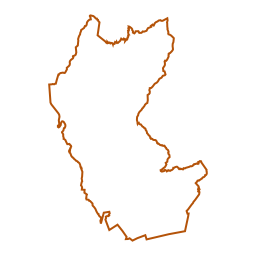 Coxcatlán, Puebla, Mexico
{"feature_id": "50627088B81401252866172", "entity_name": "Coxcatlán", "entity_type": "district", "adm_level": 2, "iso_a3": "MEX", "parent_name": "Mexico", "parent_adm1": "Puebla", "projection": "equal_earth", "projection_center": [-97.103, 18.25], "detail": "fine", "context": "isolated", "style": "outline", "palette": "amber", "viewbox_px": 256, "rotation_deg": 0, "n_neighbors": 0, "source": "geoboundaries", "source_scale": "gbopen_adm2", "svg_char_len": 5766}
<svg xmlns="http://www.w3.org/2000/svg" viewBox="0 0 256 256"><path d="M146.6,239.4L168.8,234.2L185.0,231.2L188.1,216.7L188.6,213.6L187.5,213.7L186.6,211.0L188.1,209.4L191.7,204.5L193.0,203.0L193.4,202.0L195.3,199.7L199.1,194.4L199.3,193.3L199.2,192.2L198.2,191.3L198.3,190.8L198.6,190.9L198.4,191.3L199.2,191.4L198.8,190.2L198.0,189.3L198.2,188.7L198.6,189.0L198.9,188.2L199.1,188.3L198.6,186.9L198.6,186.4L195.7,183.1L197.3,181.4L197.3,181.1L197.9,180.8L197.9,180.6L199.1,180.5L199.2,180.1L200.3,179.7L201.6,178.6L201.9,178.6L202.8,177.4L204.0,177.0L205.1,175.9L205.1,175.2L206.0,175.0L206.4,174.6L206.8,173.4L206.7,171.5L206.4,170.9L206.6,169.9L201.5,162.6L201.2,161.8L201.1,161.3L200.8,161.2L200.5,161.6L199.7,161.2L198.8,162.0L198.5,162.0L198.7,162.7L198.6,163.2L198.3,163.1L198.1,163.5L197.8,163.2L197.4,163.8L196.4,163.5L195.6,164.0L194.2,164.1L193.9,164.3L193.8,164.8L193.2,165.0L192.6,165.9L191.5,166.3L190.5,166.2L189.1,166.9L185.9,167.8L185.2,168.3L183.7,168.2L183.6,168.8L183.0,169.4L181.6,168.9L181.0,169.1L180.1,168.6L179.8,169.1L179.1,169.1L178.1,167.7L177.2,166.8L176.7,166.7L175.2,167.1L174.1,167.8L173.3,167.8L173.2,168.8L172.4,169.6L171.5,170.2L170.0,170.5L169.9,170.8L168.6,170.3L168.6,170.7L167.7,170.7L166.8,171.4L166.0,170.4L165.0,169.9L164.7,170.0L164.1,171.0L163.5,171.2L161.9,171.6L160.9,171.1L160.7,170.8L160.7,170.3L161.2,170.4L161.6,169.5L162.5,169.2L163.2,168.3L164.8,167.2L165.5,166.2L166.4,164.4L165.7,162.9L167.3,161.7L167.5,159.5L168.2,158.4L169.6,157.1L169.4,155.0L168.4,153.8L168.5,153.0L168.2,152.7L168.6,151.7L168.1,150.2L166.3,148.7L166.1,147.8L165.4,147.4L165.1,146.6L164.4,145.7L163.5,145.9L162.4,145.3L162.1,145.6L161.3,145.1L160.8,145.2L159.8,144.8L159.3,144.2L158.8,144.0L158.4,143.5L157.9,143.7L157.2,143.2L157.2,142.8L156.5,141.1L155.6,140.1L153.3,139.9L152.3,138.9L150.9,138.8L150.7,137.9L150.3,137.8L150.4,137.3L149.8,136.6L149.5,135.7L148.6,135.2L148.1,134.3L147.0,133.1L147.0,132.6L146.5,131.0L145.8,130.2L145.6,129.1L145.2,128.4L144.5,128.3L143.4,127.0L142.5,126.6L140.8,124.4L139.6,124.2L138.9,123.6L138.8,122.8L137.9,123.0L137.6,123.6L137.5,123.2L137.5,122.1L136.9,120.0L137.1,117.0L138.2,115.1L138.3,114.0L139.3,112.1L141.7,109.6L142.2,108.5L143.0,107.9L143.5,107.0L144.1,106.5L145.1,104.6L146.4,103.4L147.3,103.0L147.8,100.2L147.6,95.0L149.1,94.0L149.7,93.1L149.8,91.4L149.3,90.1L149.7,88.8L150.0,88.5L149.9,88.1L151.3,87.9L152.6,86.6L154.7,83.8L156.8,82.6L157.9,81.4L159.4,78.8L161.5,77.7L162.8,75.8L164.9,75.2L165.5,74.5L164.6,71.4L163.3,71.0L163.2,69.4L163.0,68.8L163.1,67.9L164.6,65.7L164.9,64.9L164.9,62.9L164.6,61.5L165.1,60.6L166.2,60.8L167.1,59.7L168.6,56.6L168.5,55.1L168.8,54.6L168.6,53.9L169.3,53.2L170.0,53.1L171.9,51.2L172.9,49.7L173.0,49.3L172.6,46.1L172.7,43.9L173.4,42.1L173.8,38.4L173.7,38.0L171.1,35.5L169.6,34.6L168.5,34.3L168.2,33.5L168.4,32.1L167.4,29.0L167.6,28.5L167.3,26.8L167.2,23.0L167.0,22.5L167.6,20.4L167.3,18.3L162.6,20.8L161.2,20.8L160.5,20.2L158.7,20.5L157.6,21.4L155.9,22.2L154.8,23.2L153.7,25.6L153.2,25.6L152.9,24.9L152.6,24.6L150.8,25.9L151.1,26.9L147.9,28.2L146.5,30.8L143.9,31.7L142.8,31.4L141.5,32.8L139.3,32.9L138.9,32.5L138.8,31.8L138.4,31.2L135.6,31.3L135.1,32.6L134.3,33.4L132.9,32.6L133.0,31.2L132.2,30.1L132.2,29.2L131.4,28.1L129.5,26.7L128.7,26.5L128.9,27.2L128.9,28.8L128.4,28.7L128.8,30.3L128.1,30.7L128.4,31.6L128.1,32.1L128.5,34.5L128.8,34.8L128.3,35.0L128.1,35.5L128.3,36.4L127.9,37.4L127.5,37.5L127.4,38.9L126.9,39.7L126.3,39.6L125.2,41.0L125.4,39.2L124.8,39.2L124.0,38.7L123.8,39.5L123.2,39.7L122.9,39.2L121.9,39.4L121.2,38.7L120.2,40.8L117.9,42.9L117.0,42.6L116.7,42.0L116.5,42.8L115.1,42.0L114.5,43.9L113.1,44.0L113.0,44.4L112.6,43.2L111.2,42.9L111.1,43.1L110.1,42.8L110.0,43.1L109.4,42.5L108.2,42.6L107.8,42.2L108.0,43.1L107.2,43.3L106.1,42.5L106.1,42.9L105.7,41.8L97.6,35.3L99.5,22.3L98.4,21.2L98.0,19.9L97.3,19.8L96.9,18.6L95.8,18.5L94.6,17.1L93.4,16.1L90.6,15.4L89.9,15.7L89.8,16.0L90.5,17.6L90.8,19.4L89.4,19.7L88.0,20.9L87.0,22.4L86.6,24.9L85.6,26.2L84.9,26.1L84.0,28.0L81.1,30.1L81.0,31.1L80.2,33.1L80.1,34.3L79.0,36.2L78.1,39.1L78.3,40.5L77.8,45.5L75.8,47.3L76.3,52.4L75.7,54.7L74.4,55.7L73.1,56.0L72.9,56.4L73.3,57.5L72.9,58.4L71.0,59.8L69.9,61.2L69.7,62.2L69.9,63.4L69.7,64.9L68.9,66.0L66.8,67.8L66.9,69.4L65.1,72.7L64.3,73.0L62.9,72.6L60.4,73.1L59.0,74.1L58.7,74.9L58.3,74.8L56.8,79.8L55.8,83.7L54.8,83.8L54.1,84.3L52.7,84.0L52.0,84.3L49.2,84.5L50.5,102.6L51.3,104.3L58.5,113.5L59.2,114.8L59.5,116.8L58.8,120.2L59.3,124.4L59.2,124.7L57.9,125.7L57.9,126.9L58.6,127.4L59.4,127.0L60.8,124.9L60.8,123.6L61.5,122.0L62.1,121.3L62.7,121.3L63.7,121.9L65.0,124.0L65.4,125.1L65.3,126.6L64.6,128.0L63.9,128.2L63.4,130.5L62.0,132.1L62.0,132.4L63.2,134.3L63.2,136.3L63.7,137.8L63.6,138.9L64.4,139.2L65.5,140.2L65.9,141.3L67.3,144.1L68.4,144.1L69.2,143.9L69.9,144.5L70.2,145.1L70.9,145.6L71.2,146.7L70.4,147.9L70.5,148.4L70.2,148.6L70.1,149.6L69.9,149.3L69.7,149.5L69.0,151.1L69.5,152.6L70.3,153.2L71.3,155.9L72.3,157.2L72.9,157.5L73.2,158.0L73.8,158.4L74.3,159.2L75.3,159.8L76.1,160.8L76.8,161.0L77.8,161.7L77.9,162.1L78.5,162.4L79.5,163.3L80.3,165.3L80.4,166.7L81.3,167.4L81.5,168.1L81.0,168.1L82.4,171.8L82.1,176.6L81.7,178.5L82.2,181.4L81.7,182.1L81.0,185.4L81.5,185.9L82.1,187.3L81.8,189.6L84.6,189.8L84.4,192.7L86.9,194.5L86.4,196.0L86.4,197.5L86.1,198.1L86.5,199.5L88.7,199.8L89.1,200.8L90.1,201.0L92.5,203.5L92.6,205.5L94.2,207.2L95.4,208.9L96.5,211.5L97.9,213.9L98.5,214.0L98.7,215.0L99.5,216.3L100.8,217.3L101.2,218.5L100.4,220.8L100.9,223.6L103.8,212.7L109.3,211.8L109.7,213.4L108.8,214.7L109.2,215.5L108.3,216.1L107.0,216.1L105.8,216.7L106.0,218.2L105.4,219.6L109.3,230.0L117.5,224.7L122.5,231.0L126.6,236.9L125.9,239.1L128.1,239.0L129.6,238.3L132.5,240.6L137.3,238.2L145.3,235.2L146.6,239.4Z" fill="none" stroke="#b45309" stroke-width="2"/></svg>